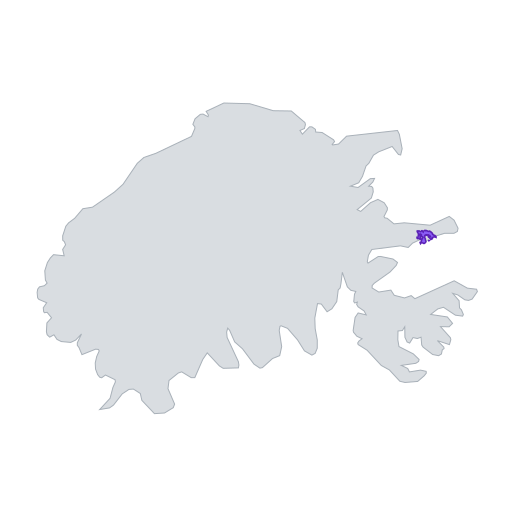 Grundarfjarðarbær, Vesturland, Iceland (highlighted), rotated 178°
{"feature_id": "244011B76246482597042", "entity_name": "Grundarfjarðarbær", "entity_type": "district", "adm_level": 2, "iso_a3": "ISL", "parent_name": "Iceland", "parent_adm1": "Vesturland", "projection": "orthographic", "projection_center": [-23.233, 64.943], "detail": "fine", "context": "in_parent", "style": "filled", "palette": "violet", "viewbox_px": 512, "rotation_deg": 178, "n_neighbors": 0, "source": "geoboundaries", "source_scale": "gbopen_adm2", "svg_char_len": 7453}
<svg xmlns="http://www.w3.org/2000/svg" viewBox="0 0 512 512"><g transform="rotate(178 256 256)"><path d="M383.2,127.3L387.7,127.1L394.5,122.9L403.6,112.0L407.7,109.3L417.6,108.0L406.8,118.9L403.6,129.6L400.9,135.1L401.2,137.3L410.6,142.3L414.5,139.7L416.4,140.3L418.4,143.0L420.3,148.6L420.4,154.7L418.7,161.1L416.0,166.6L416.7,168.1L419.5,168.5L433.4,163.5L436.1,170.7L437.7,173.0L437.6,175.5L433.1,184.2L439.1,178.3L444.2,176.1L453.6,177.3L457.8,179.6L460.7,184.3L465.0,182.1L467.5,184.6L468.1,187.7L467.3,196.4L462.5,201.4L466.7,207.0L469.5,206.7L470.2,208.0L470.4,211.7L466.8,216.6L474.5,220.2L475.7,221.8L476.0,227.3L475.3,230.5L473.5,232.7L468.5,233.7L465.7,236.2L467.3,239.3L467.6,248.6L464.7,256.7L461.6,261.2L458.3,264.4L447.7,262.9L449.0,269.3L445.9,273.8L447.0,277.0L448.6,278.5L448.5,282.9L445.0,292.4L442.1,295.7L435.9,300.0L427.4,309.3L417.7,310.5L395.2,324.9L386.4,332.3L371.4,352.8L364.6,358.4L352.5,362.1L316.3,377.8L312.7,385.5L312.6,387.1L314.5,389.8L312.1,395.3L306.7,399.5L304.0,399.7L299.1,396.9L298.6,398.5L300.8,402.3L282.8,410.0L256.9,408.4L233.7,400.6L215.7,399.7L202.4,387.6L202.0,385.6L203.2,381.7L207.7,379.9L205.4,376.1L198.0,383.2L195.6,383.1L192.2,380.5L192.0,377.8L185.6,377.1L174.4,369.4L173.5,367.6L176.0,364.8L175.5,364.3L169.6,365.0L161.3,372.6L110.2,376.5L108.5,372.6L106.2,358.1L107.9,351.9L110.1,352.5L116.1,360.7L129.6,355.9L135.1,352.7L140.0,344.7L142.9,342.1L146.8,331.9L150.8,325.6L159.2,322.5L151.6,320.9L139.1,329.3L134.8,329.4L136.7,325.8L141.0,321.8L138.0,321.5L136.8,319.8L136.6,316.0L138.7,309.9L153.3,298.8L149.8,296.9L139.7,305.3L132.2,308.3L126.0,304.7L123.0,299.6L123.2,297.4L126.7,291.0L126.1,289.7L123.6,289.1L117.0,283.3L106.6,284.0L80.9,280.7L61.5,288.8L56.8,284.9L53.1,276.7L53.9,273.5L57.3,271.8L66.8,272.1L80.7,268.3L87.0,263.5L89.4,264.7L90.6,267.0L99.1,263.4L103.6,259.2L111.3,261.1L140.0,258.5L143.6,252.9L145.0,246.3L144.3,245.0L133.9,251.2L131.5,251.2L119.2,248.2L114.8,244.6L116.2,241.7L122.5,235.4L138.7,224.7L140.9,222.5L141.1,220.0L134.6,215.7L122.4,217.2L119.2,211.9L109.0,208.9L102.3,211.0L98.7,207.8L58.8,224.3L45.9,216.5L36.7,215.1L36.0,212.7L41.5,205.4L45.1,204.2L48.8,204.9L55.8,210.1L60.7,211.8L54.6,204.2L54.4,197.0L52.6,195.1L50.8,190.3L51.6,188.7L58.8,189.9L70.4,198.2L76.1,196.8L83.5,191.5L66.9,188.4L61.9,181.8L65.5,178.5L74.1,179.0L64.6,167.6L64.2,165.6L65.8,160.7L77.7,165.1L71.5,158.4L71.3,156.9L73.1,155.7L74.1,151.6L77.0,150.0L82.9,151.4L92.2,159.1L93.5,161.3L93.9,169.1L97.6,167.9L101.9,169.0L105.5,163.6L108.0,164.8L110.0,169.6L109.8,180.1L112.3,176.4L116.7,176.1L117.2,167.4L116.3,160.5L102.2,152.7L96.6,146.9L97.2,144.9L100.0,143.2L114.6,141.6L108.3,138.3L106.7,134.8L95.6,136.2L90.0,134.8L89.9,133.0L92.1,130.4L98.8,125.0L111.5,124.4L116.6,125.8L126.7,137.5L134.6,142.2L148.3,158.0L157.0,163.9L157.4,165.5L156.1,167.4L152.9,169.6L158.0,172.3L161.2,176.4L161.5,178.2L159.1,191.2L155.9,195.5L147.9,193.3L149.9,197.3L155.7,201.6L157.1,204.0L156.3,206.4L159.0,205.6L159.9,207.0L158.9,214.4L157.5,217.1L162.4,218.4L165.8,222.0L170.3,236.7L172.1,225.2L173.1,221.0L175.0,219.3L176.9,207.6L182.0,200.6L186.9,197.8L192.4,205.7L196.2,206.3L199.4,191.9L199.4,181.4L197.7,169.9L198.0,161.7L200.3,156.6L203.6,155.0L210.9,159.5L217.4,170.7L227.0,182.6L233.4,185.4L234.5,184.9L235.4,180.8L233.5,164.5L235.8,155.6L243.0,153.0L253.5,144.2L256.0,143.8L261.8,148.0L272.8,163.8L280.3,170.9L285.0,182.8L286.8,184.9L288.0,181.0L287.7,175.6L277.3,151.0L276.9,147.6L277.5,144.8L292.7,144.9L296.4,147.4L308.1,160.9L312.8,154.5L321.4,136.6L325.0,136.7L334.3,142.8L337.7,141.8L347.3,134.6L348.6,126.5L342.5,110.8L344.0,107.3L352.9,102.3L363.0,102.0L375.1,115.7L376.4,122.6L383.2,127.3Z" fill="#d9dde1" stroke="#a8b0b8" stroke-width="1"/><path d="M94.5,268.9L94.5,268.6L94.5,268.3L94.4,268.2L94.2,267.9L93.9,267.7L93.6,267.9L93.3,267.9L93.2,267.7L92.5,267.7L91.8,267.4L91.7,267.3L91.7,267.2L91.2,267.0L90.9,266.8L91.0,267.0L91.4,267.1L91.4,267.3L91.4,267.5L90.2,267.0L90.3,267.1L91.4,267.5L91.2,267.7L91.2,268.0L91.0,267.8L91.0,267.6L90.9,267.4L90.8,267.7L90.8,267.8L90.9,268.0L90.8,268.3L90.9,268.5L91.0,268.8L91.0,269.0L91.1,269.4L91.2,269.7L91.2,269.9L91.3,270.1L91.4,270.3L91.4,270.5L91.5,270.9L91.4,271.1L91.4,271.4L91.4,271.5L91.5,271.6L91.4,271.7L91.4,271.8L91.6,272.1L91.3,272.1L91.0,272.3L90.9,272.3L90.7,272.2L90.6,271.8L90.4,271.5L90.2,271.7L89.9,271.4L89.9,271.2L90.0,271.0L90.0,270.7L90.0,270.3L90.0,270.0L89.9,269.9L89.3,269.5L89.2,269.5L89.2,269.4L89.2,269.5L88.8,269.4L88.5,269.2L88.4,268.9L88.5,268.8L88.6,268.6L88.8,268.3L88.9,268.2L89.2,267.6L89.3,267.4L89.4,267.2L89.6,267.1L89.9,267.0L90.0,267.0L89.8,266.8L89.8,266.7L89.7,266.6L89.8,266.4L90.0,266.0L90.0,265.9L90.0,265.7L90.2,265.3L90.3,265.1L90.4,264.9L90.4,264.6L90.6,264.4L90.7,264.0L91.0,263.9L91.2,263.7L91.3,263.5L91.4,263.4L91.6,263.5L91.6,263.4L91.4,263.2L91.4,263.3L90.4,263.3L89.4,263.4L88.5,263.1L88.4,262.9L88.2,262.9L88.0,262.7L87.8,262.6L87.3,262.7L86.3,263.4L86.2,263.5L86.0,263.9L85.7,264.2L85.7,264.3L85.7,264.5L85.8,264.9L85.8,265.2L85.9,265.4L86.0,265.7L86.0,266.1L86.1,266.3L86.1,266.5L86.1,266.8L86.1,267.2L86.3,267.3L86.5,268.0L86.6,268.3L86.8,268.7L86.8,268.8L86.7,269.0L86.6,269.3L86.6,269.5L86.5,270.0L86.6,270.3L86.6,270.6L86.4,270.8L86.0,271.1L85.2,271.3L85.0,271.1L84.9,271.0L85.0,271.1L85.0,271.3L84.7,271.3L84.7,271.2L84.8,270.9L84.7,270.9L84.9,270.8L84.6,270.7L84.4,270.7L84.3,270.8L84.1,270.8L84.0,271.0L83.8,271.1L83.7,271.1L83.3,271.2L83.1,271.2L82.9,271.1L82.9,270.9L83.0,270.9L82.9,270.7L82.8,270.8L82.7,270.9L82.6,271.0L82.4,270.9L82.5,270.9L82.4,270.8L82.5,270.7L82.7,270.9L82.6,270.7L82.7,270.4L82.8,270.4L83.0,270.0L83.2,269.9L83.2,269.6L83.1,269.3L83.1,269.2L83.0,268.9L82.7,268.7L82.3,268.5L82.1,268.7L82.0,268.8L81.9,268.9L82.0,269.0L81.9,269.1L81.8,269.5L81.8,269.8L82.0,270.0L82.0,270.3L81.7,270.3L81.5,270.1L81.4,270.0L81.3,269.9L81.2,269.8L81.1,269.6L81.2,269.3L81.3,269.1L81.5,268.9L81.8,268.7L81.7,268.4L81.8,268.3L81.7,268.1L81.5,267.7L81.5,267.4L81.4,267.2L81.1,266.9L80.9,266.8L80.6,266.4L80.4,266.5L80.5,266.6L80.3,266.9L80.0,267.1L79.5,267.1L79.1,267.1L79.0,267.3L79.0,267.5L79.3,267.8L79.3,268.1L79.1,268.0L79.1,267.9L79.0,268.0L78.7,268.3L78.5,268.5L78.0,268.7L77.7,268.8L76.9,268.8L76.7,268.7L76.4,268.7L76.1,268.6L75.8,268.4L75.6,268.4L75.4,268.3L75.4,268.7L75.6,268.8L75.6,269.0L75.5,269.3L75.7,269.5L76.5,270.1L76.5,270.3L76.8,270.5L77.2,270.5L77.9,270.7L78.0,270.8L78.2,271.3L78.4,271.5L78.8,271.5L79.0,272.1L78.9,272.5L79.0,272.6L79.1,272.8L79.5,273.2L79.8,273.3L79.9,273.6L80.3,274.0L80.6,274.0L80.9,274.2L81.1,274.4L81.4,274.5L81.4,274.8L81.8,274.9L82.0,274.9L82.2,274.7L82.4,274.6L82.6,274.5L82.8,274.7L83.3,274.7L83.5,274.8L83.8,274.9L84.0,275.2L84.3,275.2L84.7,275.5L85.1,275.6L85.3,275.5L85.4,275.4L85.5,275.6L85.9,275.7L86.2,275.8L86.6,275.7L87.5,275.1L87.9,274.9L88.0,274.8L88.1,274.7L88.1,274.4L88.2,274.5L88.4,274.4L88.5,274.4L88.8,275.1L88.9,275.3L89.0,275.5L89.6,275.5L90.5,274.5L91.0,274.5L91.4,274.9L91.7,275.2L91.8,275.3L92.0,275.4L92.3,275.5L92.4,275.4L92.6,275.2L92.8,275.3L93.2,275.0L93.6,275.2L93.9,275.5L94.1,275.4L94.1,275.0L94.1,274.9L94.0,274.6L93.9,274.5L93.8,274.1L93.7,273.8L93.4,273.6L93.3,273.4L93.2,273.3L93.2,273.0L92.7,272.3L92.8,272.2L93.0,272.1L93.0,271.8L92.9,271.5L93.0,271.3L93.1,271.0L93.1,270.7L93.2,270.4L93.3,269.9L93.7,268.8L94.1,268.7L94.5,268.9ZM82.7,265.1L82.5,265.3L82.8,265.3L82.8,265.2L82.7,265.1ZM91.0,262.8L90.9,262.9L91.0,263.0L91.0,262.8Z" fill="#8b5cf6" stroke="#5b21b6" stroke-width="1.5"/></g></svg>